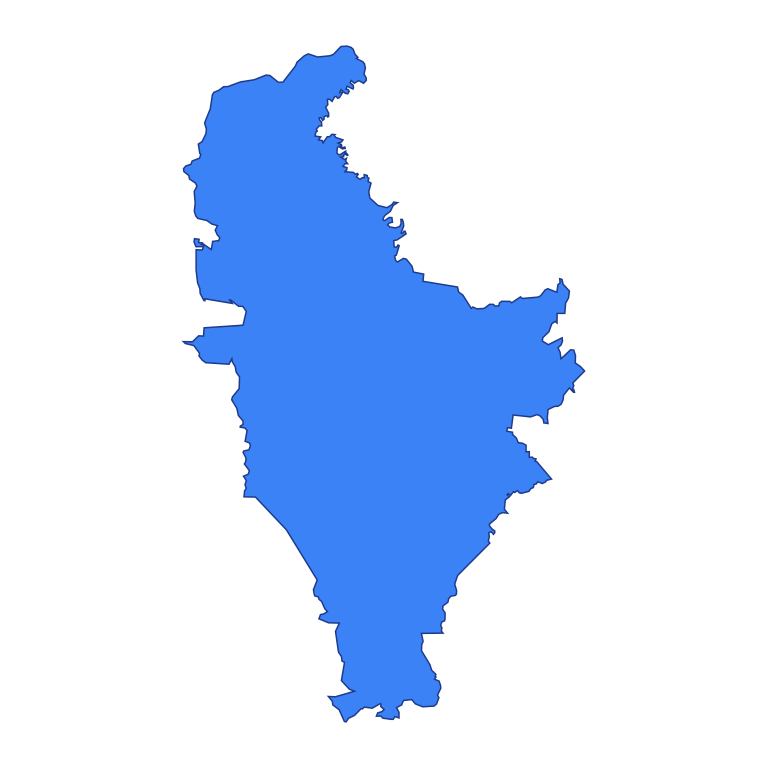 Misantla, Veracruz, Mexico (Albers equal-area conic projection)
{"feature_id": "50627088B97471764392590", "entity_name": "Misantla", "entity_type": "district", "adm_level": 2, "iso_a3": "MEX", "parent_name": "Mexico", "parent_adm1": "Veracruz", "projection": "albers", "projection_center": [-96.879, 19.959], "detail": "fine", "context": "isolated", "style": "filled", "palette": "blue", "viewbox_px": 768, "rotation_deg": 0, "n_neighbors": 0, "source": "geoboundaries", "source_scale": "gbopen_adm2", "svg_char_len": 6078}
<svg xmlns="http://www.w3.org/2000/svg" viewBox="0 0 768 768"><path d="M244.0,496.8L255.5,497.1L286.4,529.8L317.2,580.0L313.4,589.8L314.4,594.9L314.9,596.0L318.2,596.8L319.1,599.4L321.6,601.5L324.9,608.9L327.4,611.5L323.9,613.9L320.5,614.6L318.9,618.8L328.6,622.8L339.4,623.1L335.5,631.4L338.5,652.1L341.5,656.7L342.0,661.1L344.5,662.4L341.4,680.6L349.5,689.3L354.5,691.2L335.3,696.8L328.4,696.5L332.3,701.2L332.8,704.9L339.2,709.8L344.4,721.5L346.1,721.9L348.5,718.3L354.5,715.4L361.0,708.8L362.4,708.9L364.4,707.1L372.2,708.2L380.1,703.7L381.1,704.1L380.7,706.5L384.1,709.4L381.9,711.6L377.7,712.9L376.4,716.2L380.9,716.1L382.9,718.2L390.9,719.3L393.2,719.3L394.9,716.6L399.0,717.9L399.0,712.3L396.5,707.6L401.7,704.9L403.4,700.5L411.7,699.6L415.3,703.8L422.7,706.8L434.0,706.1L436.6,703.9L438.9,697.6L437.5,695.1L440.8,688.2L440.5,685.4L439.1,681.1L434.5,679.2L436.0,677.0L435.1,676.3L435.9,674.4L431.6,670.2L430.0,664.8L421.5,650.7L421.7,644.9L423.1,641.3L421.4,633.4L443.0,633.1L441.4,631.1L441.9,627.7L440.6,625.7L441.8,621.9L444.5,620.9L445.0,619.2L445.1,612.9L442.6,609.1L443.1,605.8L447.9,602.2L448.7,598.6L450.8,596.2L455.3,595.4L456.4,594.2L456.6,590.5L454.7,584.1L457.6,575.5L489.8,543.1L488.3,540.9L489.3,536.9L488.8,532.7L491.2,531.7L493.5,534.3L494.8,532.7L494.6,530.6L492.6,529.6L489.6,526.1L489.3,524.2L496.1,518.5L498.8,514.2L502.8,512.6L507.6,513.2L504.4,509.3L505.3,499.9L509.5,496.7L507.1,494.7L508.2,493.6L510.6,495.4L513.5,491.6L514.7,492.5L517.4,490.6L519.4,492.9L521.4,493.3L528.8,491.4L530.9,488.6L533.4,487.5L533.9,484.6L536.3,483.9L537.8,481.8L542.2,483.5L545.5,482.0L546.6,480.3L551.5,479.1L536.6,461.5L535.1,461.2L536.0,458.9L533.5,458.5L532.5,457.2L529.3,457.3L529.3,451.7L526.0,451.7L526.1,445.2L522.4,443.2L518.3,442.7L516.2,437.8L512.6,434.6L512.5,432.2L506.9,431.3L507.4,427.7L511.4,428.2L513.1,415.0L530.5,416.9L537.2,414.6L540.2,416.0L543.3,419.5L543.8,422.9L548.0,423.5L547.3,417.7L548.1,409.5L554.3,406.5L558.2,406.2L561.2,404.1L563.1,399.8L563.6,395.2L569.4,387.9L573.5,392.3L574.5,392.2L573.7,389.5L572.3,389.8L573.8,385.6L572.9,382.9L584.6,371.0L580.4,366.5L575.3,363.0L575.5,355.6L573.8,350.1L570.6,349.8L561.0,358.8L560.1,352.3L558.0,347.8L561.1,344.9L562.5,341.1L562.1,337.8L548.3,344.7L542.3,341.0L542.9,337.5L548.9,331.8L551.8,323.7L555.2,321.4L557.0,323.0L557.1,313.4L564.8,313.4L565.6,303.2L568.5,298.0L569.4,291.1L563.1,284.2L562.0,279.4L559.7,278.7L560.1,282.9L558.0,284.6L556.8,292.3L547.8,288.7L545.2,289.9L540.6,295.8L537.9,297.1L522.2,298.5L520.5,296.9L511.7,302.8L509.9,301.4L501.6,301.3L499.5,303.0L498.8,305.8L495.1,306.1L493.4,304.4L489.7,304.3L484.2,308.4L476.9,308.9L472.9,307.0L471.3,308.4L462.8,295.0L458.7,292.1L457.5,287.0L423.0,281.3L423.7,274.1L413.5,272.1L412.0,266.2L406.3,259.1L403.4,258.4L397.4,262.0L395.6,260.4L394.6,256.0L396.3,255.1L399.2,245.7L398.1,245.0L396.5,247.2L394.2,246.9L393.7,240.6L397.1,239.9L406.1,233.9L405.1,231.2L404.0,231.2L402.9,233.4L401.1,233.0L403.7,226.0L403.4,222.6L402.4,219.5L400.9,219.4L401.1,223.5L399.7,226.5L395.6,227.9L389.9,227.0L387.5,224.8L389.2,223.0L392.5,222.2L391.9,217.6L389.2,217.5L384.8,220.6L383.3,220.1L383.0,218.8L384.8,215.5L390.4,211.3L393.2,205.4L397.5,202.7L393.8,202.1L391.8,204.7L387.0,207.7L378.0,205.5L369.8,198.0L368.8,191.6L371.0,183.1L368.0,181.4L368.9,178.2L367.4,177.4L367.3,175.5L364.2,174.6L364.3,177.7L362.2,177.7L360.0,179.4L356.4,176.9L358.2,174.3L357.4,173.5L355.3,174.2L353.4,172.4L345.0,171.7L346.8,169.7L347.0,167.6L343.0,166.4L345.0,163.7L347.6,163.7L345.6,161.1L346.4,158.4L344.4,159.5L340.5,157.0L343.7,156.7L343.3,155.1L346.2,154.2L347.1,155.5L347.9,155.0L346.2,152.9L343.9,153.2L345.6,152.3L345.7,151.1L339.9,154.8L337.5,154.0L336.9,152.4L337.4,147.3L338.6,146.5L342.4,148.9L345.2,148.4L344.8,147.0L342.7,147.9L340.6,145.6L341.6,145.6L341.4,144.6L338.2,143.1L341.4,142.0L343.0,139.9L335.8,137.5L334.1,135.1L334.8,134.6L332.0,134.3L329.4,136.8L327.3,136.7L323.1,142.9L322.4,140.6L318.5,139.9L320.7,136.9L315.2,136.1L315.7,132.3L317.3,131.1L316.3,129.0L319.3,125.8L321.8,125.9L321.4,121.9L319.8,120.4L319.2,117.8L321.1,117.6L322.6,120.4L324.0,119.3L324.2,116.6L326.8,115.6L327.8,117.0L328.7,116.4L328.6,113.1L325.6,107.1L327.8,104.7L327.4,99.3L329.7,99.3L332.0,101.4L334.7,96.7L336.4,96.4L337.6,98.3L339.4,97.6L342.8,92.2L339.7,92.6L341.1,89.7L345.3,93.3L347.8,93.8L349.2,91.3L348.1,89.6L346.0,89.2L347.1,86.2L352.9,89.0L353.5,87.8L353.2,85.3L350.1,82.7L351.2,80.5L354.3,83.2L358.8,80.6L363.6,83.3L366.3,80.3L366.2,78.0L364.0,74.0L365.4,68.0L364.4,63.7L362.7,61.7L356.4,58.5L357.9,57.4L354.9,54.0L353.2,49.3L351.1,47.4L347.0,46.1L341.0,46.5L333.3,54.5L329.6,55.8L317.6,57.0L308.3,53.9L304.3,55.8L297.1,62.1L295.4,66.1L282.9,82.2L278.2,82.2L269.9,75.5L266.0,75.1L254.1,79.8L240.5,81.9L227.8,86.6L223.6,86.7L219.0,90.2L214.0,92.3L212.4,94.7L210.3,108.7L204.6,123.0L206.4,129.2L205.9,133.8L202.1,141.6L198.3,144.1L199.8,153.5L200.8,154.3L199.6,158.1L192.2,161.0L190.9,164.3L185.8,166.0L183.5,168.7L183.9,171.6L188.8,175.5L189.5,179.0L195.4,183.0L197.0,186.1L194.2,191.5L195.2,203.1L194.3,211.1L195.7,215.8L197.8,218.4L206.9,220.5L211.8,224.0L217.5,225.7L215.2,230.2L217.3,234.9L219.7,237.5L218.8,240.6L212.7,241.4L211.3,249.6L203.6,244.2L203.6,245.0L201.3,244.4L202.3,242.9L198.6,242.5L199.1,239.3L194.5,238.7L194.0,241.9L196.0,246.7L203.5,246.6L202.2,250.0L196.1,249.7L196.1,270.2L197.6,282.8L199.9,288.8L200.2,293.5L203.9,300.5L204.9,300.7L204.9,298.8L232.2,303.4L229.5,300.0L230.5,299.9L238.5,306.2L242.8,306.4L246.3,311.4L243.0,325.2L204.1,327.8L203.5,336.1L198.7,335.8L192.5,341.8L183.4,341.6L185.3,343.5L193.9,345.6L199.5,353.2L199.0,356.0L202.3,360.2L205.8,362.7L229.0,364.2L231.9,358.7L232.3,361.7L235.2,366.6L236.2,372.2L239.5,376.9L239.2,388.6L232.4,397.0L231.7,399.8L236.8,408.2L238.4,415.5L243.0,421.0L243.0,424.5L240.3,426.1L240.2,427.2L245.0,428.0L247.1,430.5L245.1,441.3L249.6,443.0L250.4,445.9L248.9,449.8L243.8,451.0L243.1,452.3L246.0,458.0L245.8,461.4L244.4,464.0L249.4,470.7L248.1,474.3L243.5,476.2L246.3,480.5L245.0,484.8L246.3,488.4L244.6,490.8L244.0,496.8Z" fill="#3b82f6" stroke="#1e3a8a" stroke-width="1.5"/></svg>